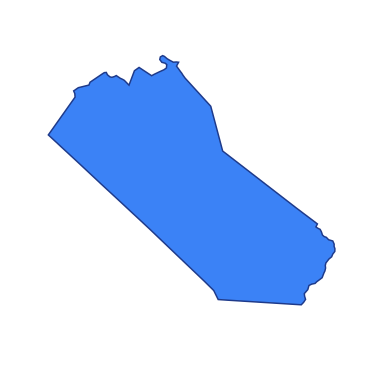 the district of Gonçalves Dias, Maranhão, Brazil, rotated 73°
{"feature_id": "56859067B78550029694036", "entity_name": "Gonçalves Dias", "entity_type": "district", "adm_level": 2, "iso_a3": "BRA", "parent_name": "Brazil", "parent_adm1": "Maranhão", "projection": "mercator", "projection_center": [-44.192, -5.155], "detail": "fine", "context": "isolated", "style": "filled", "palette": "blue", "viewbox_px": 384, "rotation_deg": 73, "n_neighbors": 0, "source": "geoboundaries", "source_scale": "gbopen_adm2", "svg_char_len": 1227}
<svg xmlns="http://www.w3.org/2000/svg" viewBox="0 0 384 384"><g transform="rotate(73 192 192)"><path d="M259.2,81.4L238.1,96.7L161.8,150.7L115.5,149.0L81.1,165.3L77.6,166.5L75.3,167.1L73.5,167.8L71.4,168.5L67.1,170.0L64.0,166.9L63.1,168.9L62.4,171.9L59.6,174.7L57.3,176.8L54.3,178.7L53.0,180.2L53.6,182.8L55.9,184.1L59.2,182.9L61.0,180.0L62.8,178.9L65.9,180.2L66.9,183.1L67.5,187.9L68.4,193.8L69.0,196.6L57.4,206.2L59.2,211.6L71.4,221.0L65.4,224.1L64.0,225.4L62.2,227.4L58.5,230.4L58.9,232.4L58.9,235.1L57.9,236.8L55.2,238.6L52.6,239.0L52.2,241.0L53.0,243.8L57.2,257.4L59.6,259.3L59.0,270.2L60.7,275.6L63.7,275.3L67.1,276.1L95.4,312.7L110.4,304.0L132.0,291.4L158.1,276.4L179.0,264.2L194.4,255.3L215.1,243.3L248.8,224.4L267.8,213.7L281.1,206.2L292.6,200.0L302.5,198.4L306.6,187.6L331.8,120.5L330.2,117.6L327.9,114.8L324.6,114.8L322.0,114.3L319.2,109.8L315.6,107.5L315.1,104.5L315.4,101.0L314.3,99.0L313.3,96.1L312.0,92.6L308.1,89.6L306.4,88.0L303.8,86.5L301.2,86.0L299.0,84.7L296.1,80.6L294.8,77.4L292.6,75.6L290.6,72.8L288.0,71.9L285.5,72.0L283.4,71.3L280.0,71.7L277.6,75.3L274.6,76.8L273.3,78.6L271.4,79.8L267.8,79.9L265.2,80.4L263.3,82.4L261.6,83.7L259.2,81.4Z" fill="#3b82f6" stroke="#1e3a8a" stroke-width="1.5"/></g></svg>